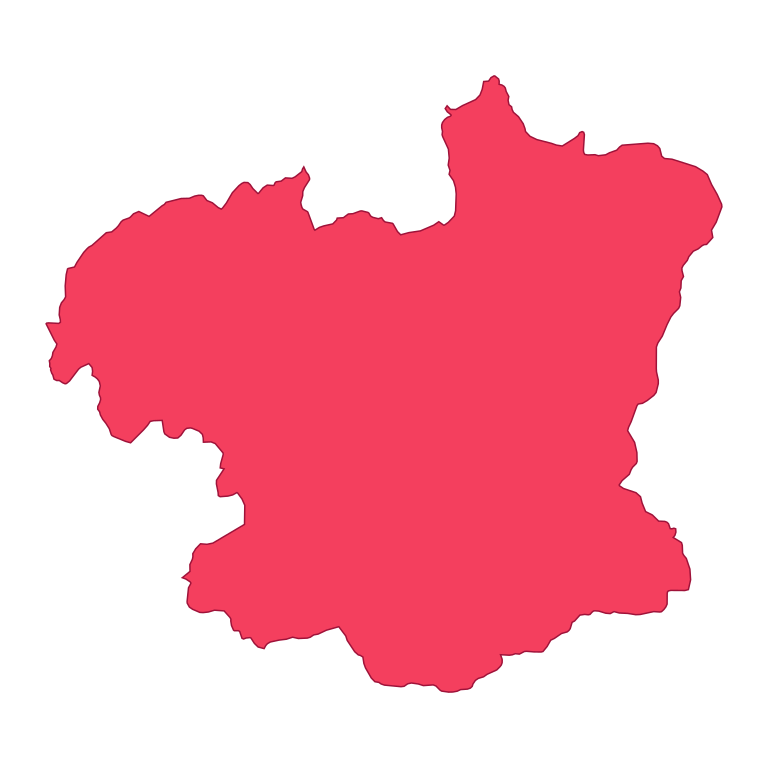 the district of Ba Be, Bắc Kạn, Vietnam
{"feature_id": "81297802B36883846114124", "entity_name": "Ba Be", "entity_type": "district", "adm_level": 2, "iso_a3": "VNM", "parent_name": "Vietnam", "parent_adm1": "Bắc Kạn", "projection": "robinson", "projection_center": [105.701, 22.41], "detail": "fine", "context": "isolated", "style": "filled", "palette": "rose", "viewbox_px": 768, "rotation_deg": 0, "n_neighbors": 0, "source": "geoboundaries", "source_scale": "gbopen_adm2", "svg_char_len": 6060}
<svg xmlns="http://www.w3.org/2000/svg" viewBox="0 0 768 768"><path d="M721.6,204.2L717.2,194.5L711.6,184.6L707.3,174.6L703.1,171.2L695.6,166.7L672.0,159.2L664.5,158.5L661.7,156.2L659.8,148.5L657.5,145.8L653.7,143.7L647.9,143.2L622.1,145.2L619.6,147.0L616.7,150.2L609.6,152.7L605.7,154.8L598.3,155.7L595.0,154.7L587.8,155.0L584.7,154.4L583.7,152.4L583.4,150.0L584.4,134.6L583.7,132.3L582.1,131.6L579.7,132.6L578.0,135.7L574.3,138.5L562.3,146.0L556.4,145.1L551.6,143.4L536.9,139.6L530.0,136.3L525.5,131.5L525.0,128.7L523.2,123.7L518.5,116.7L513.4,112.3L512.1,109.5L511.6,106.8L509.0,104.7L508.1,100.3L508.8,96.5L506.2,91.5L505.3,88.0L504.1,86.4L501.9,85.0L499.1,84.3L499.2,81.1L498.6,79.0L494.9,76.0L494.0,75.9L491.0,77.6L488.6,81.1L483.7,81.5L482.2,89.3L480.0,95.0L475.6,99.6L462.5,105.6L455.9,109.5L450.5,109.4L447.1,105.8L445.2,108.6L447.3,111.8L451.0,114.8L451.1,115.5L450.1,116.4L447.5,117.3L444.7,119.5L442.5,122.5L441.7,125.0L441.7,127.8L442.5,131.4L442.1,134.7L442.7,136.7L448.4,149.1L449.2,158.1L448.2,165.1L450.0,170.4L449.1,174.3L453.5,180.7L455.5,187.3L456.2,194.0L455.6,210.8L454.3,216.1L448.3,222.4L444.4,225.1L443.7,225.2L438.8,221.7L433.7,225.2L420.4,230.9L408.9,232.6L400.7,234.8L397.5,231.6L393.1,223.9L392.4,223.3L385.2,222.0L383.5,220.6L381.6,217.7L378.3,218.7L372.7,217.3L370.6,216.0L368.9,213.1L367.9,212.4L361.9,210.9L360.3,211.0L352.9,213.7L348.3,214.0L343.4,217.7L337.2,218.1L336.6,220.0L332.8,223.9L323.8,225.9L319.4,227.4L314.9,230.2L314.2,229.4L308.0,212.5L307.5,211.7L302.9,209.1L301.9,207.4L301.1,204.6L300.7,202.3L302.7,195.7L302.8,191.6L304.4,187.7L309.5,179.7L309.6,178.2L308.4,174.8L306.1,172.0L303.8,166.9L302.5,169.0L301.8,171.6L295.2,176.8L292.1,178.3L285.4,177.9L281.2,181.1L276.2,181.8L275.2,182.6L274.0,185.2L273.3,185.5L267.2,185.1L263.1,187.8L258.5,193.4L257.8,193.5L252.9,188.6L250.1,184.5L247.9,182.6L244.0,182.4L241.7,183.5L238.9,185.7L232.4,192.7L226.4,203.0L222.6,208.0L221.3,209.1L218.2,207.6L212.4,202.8L206.9,200.5L203.3,195.8L201.7,195.3L198.5,195.3L194.6,196.1L189.3,198.3L181.2,198.5L166.1,202.3L164.3,204.5L162.2,205.7L149.1,216.4L138.8,211.5L133.5,213.8L130.4,217.1L129.0,218.0L123.1,220.1L121.2,221.7L118.4,225.8L116.3,228.1L111.7,231.9L106.3,232.7L92.0,245.4L88.7,247.2L86.9,248.9L83.7,252.4L77.0,262.3L74.5,267.0L68.1,268.5L67.5,269.0L66.2,274.6L65.2,285.9L65.6,296.9L64.1,299.6L61.4,302.9L59.7,307.3L59.2,314.9L60.3,319.6L60.4,322.3L58.8,323.4L48.6,322.9L46.7,323.1L46.1,323.8L54.3,340.2L56.9,344.0L56.0,347.0L52.9,352.4L52.4,355.7L51.3,358.5L49.3,360.7L49.8,363.5L49.7,366.5L50.9,368.3L50.6,369.9L51.8,373.3L52.8,374.9L54.0,379.2L56.7,380.5L59.3,380.5L62.7,382.8L65.1,383.8L66.5,383.5L69.6,380.9L78.6,369.1L80.9,367.2L88.8,363.6L92.1,367.5L92.6,371.3L92.1,375.3L95.3,377.1L97.4,378.9L99.3,381.5L100.3,385.9L98.9,392.4L99.4,395.2L100.5,397.7L100.6,399.7L99.6,402.9L97.8,406.4L97.7,409.2L99.6,411.8L100.4,415.0L102.8,419.4L105.9,423.3L109.3,428.7L111.2,434.5L111.9,435.5L113.7,436.5L125.6,441.4L130.6,442.8L143.5,429.9L147.5,425.4L150.2,421.4L153.5,420.7L162.2,420.4L163.9,431.7L164.8,433.9L169.5,437.3L173.9,438.2L177.8,438.0L181.0,435.2L184.6,429.9L186.8,428.3L190.4,427.9L192.2,428.3L199.1,431.2L202.4,434.4L203.2,437.8L203.4,442.2L211.1,441.9L215.3,443.6L223.1,453.0L223.2,454.5L220.7,463.6L220.2,467.9L224.1,468.8L216.5,480.3L216.4,483.9L218.1,492.5L218.3,495.6L220.1,496.7L227.9,496.1L232.7,494.9L236.9,492.6L237.7,493.1L242.0,499.0L244.8,505.3L244.5,524.4L212.9,543.1L207.0,544.3L200.5,543.8L195.7,548.8L192.8,553.7L192.9,556.6L192.4,559.2L189.9,564.6L190.0,571.4L182.3,577.7L185.8,579.0L190.1,581.8L190.8,582.8L190.8,583.5L188.5,587.8L187.1,601.4L187.2,603.1L189.4,607.1L192.6,609.3L199.8,612.4L203.1,612.6L208.4,612.0L214.5,610.2L224.1,610.9L230.1,617.6L230.9,619.2L230.8,621.0L231.5,625.5L233.5,630.1L234.3,630.7L238.5,630.7L239.7,631.5L242.0,638.3L243.6,639.0L246.2,638.0L250.1,637.6L251.0,638.1L254.4,643.4L258.1,647.0L264.1,648.6L265.8,645.5L267.4,643.7L270.3,642.0L279.1,640.1L286.4,639.2L292.6,637.2L298.4,638.5L307.3,638.1L310.3,637.2L313.7,634.9L318.1,634.1L326.4,630.2L338.8,626.7L345.8,636.0L347.2,640.4L354.7,651.7L358.3,654.9L360.3,655.4L362.9,657.0L363.9,663.5L365.5,667.9L371.3,678.0L374.9,681.7L378.9,682.4L381.0,683.9L384.4,685.1L401.0,686.7L404.1,686.3L407.7,683.8L411.4,683.0L418.4,684.0L423.4,685.6L433.2,684.9L436.0,686.0L440.0,690.1L441.6,691.1L448.6,692.1L452.8,692.0L457.2,691.2L460.6,689.6L467.5,689.1L470.4,688.1L472.2,686.4L473.0,683.9L475.4,680.4L478.3,678.4L483.6,676.8L487.1,674.3L496.8,669.9L500.0,666.7L501.3,665.0L502.1,662.8L502.2,660.5L502.1,659.1L500.5,654.7L509.4,655.2L512.3,654.8L515.3,653.7L519.4,654.1L524.4,651.5L526.5,651.3L533.9,651.9L541.2,652.0L543.0,651.5L547.1,646.5L550.7,640.2L554.4,638.4L561.5,633.5L567.2,631.9L568.9,630.5L570.2,628.7L572.1,622.3L574.6,621.0L579.9,615.1L584.7,614.4L588.3,614.8L590.0,614.4L592.1,612.1L593.5,611.0L594.9,610.8L598.8,611.1L605.7,613.2L610.2,613.6L614.0,611.6L619.3,613.0L627.7,613.4L635.8,614.7L640.1,614.5L653.7,611.6L659.9,612.0L661.5,611.7L663.9,609.5L665.8,607.0L667.1,604.1L667.2,593.4L667.5,591.9L668.4,590.9L670.8,590.4L684.9,590.5L688.4,589.6L690.6,579.8L689.9,569.1L686.3,558.4L683.8,555.4L682.6,553.2L682.3,545.3L681.5,542.6L673.2,537.5L674.9,535.4L675.9,532.2L675.7,528.8L673.9,528.2L671.8,528.8L670.2,528.6L668.5,523.7L666.9,522.2L664.8,521.4L658.6,521.1L652.4,515.0L645.6,511.6L642.1,503.0L640.5,496.7L636.0,492.7L623.5,488.5L619.4,485.7L619.2,484.9L622.1,480.6L629.3,474.3L631.1,469.7L632.6,467.2L636.3,463.5L637.1,461.4L636.9,452.6L634.6,442.4L627.6,430.7L628.5,427.4L631.2,421.6L637.0,405.6L638.2,404.0L642.5,403.3L647.4,400.4L653.9,395.3L656.1,392.5L658.3,383.7L658.3,380.1L656.5,371.9L656.3,368.7L656.4,347.0L657.9,342.9L662.3,336.1L667.1,324.5L670.9,316.9L673.6,313.4L678.6,308.4L679.8,305.8L680.7,297.4L679.4,291.8L680.9,288.0L681.2,280.7L683.5,276.5L682.0,270.6L681.9,268.0L683.2,265.4L687.3,260.4L688.8,256.7L693.3,251.2L698.2,248.9L701.8,245.9L703.9,244.7L706.6,244.4L712.8,237.5L711.5,230.1L716.2,222.2L721.9,206.9L721.6,204.2Z" fill="#f43f5e" stroke="#9f1239" stroke-width="1.5"/></svg>